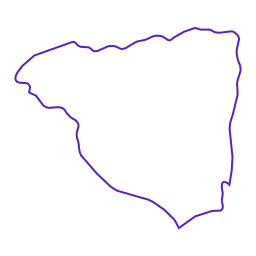 the border of Gorj
{"feature_id": "ROU-123", "entity_name": "Gorj", "entity_type": "County", "adm_level": 1, "iso_a3": "ROU", "parent_name": "Romania", "parent_adm1": "", "projection": "orthographic", "projection_center": [23.299, 44.951], "detail": "fine", "context": "isolated", "style": "outline", "palette": "violet", "viewbox_px": 256, "rotation_deg": 0, "n_neighbors": 0, "source": "natural_earth", "source_scale": "10m", "svg_char_len": 1568}
<svg xmlns="http://www.w3.org/2000/svg" viewBox="0 0 256 256"><path d="M169.6,40.3L171.3,39.7L174.4,37.2L184.3,31.6L195.2,27.9L200.5,29.6L209.0,29.6L211.0,30.2L214.3,32.0L217.0,32.6L220.2,32.7L230.9,31.4L232.5,31.5L233.9,32.0L237.0,34.5L238.4,36.5L239.1,39.1L236.9,48.9L236.6,53.7L238.0,60.4L239.9,65.0L240.6,68.5L240.4,71.5L237.7,79.9L237.0,83.5L237.6,92.0L237.5,95.3L232.7,114.9L230.8,120.5L230.1,123.8L229.6,128.6L232.5,157.3L231.7,170.5L229.4,184.9L227.6,183.1L225.4,182.1L224.1,181.9L223.1,182.3L222.3,183.3L221.8,185.4L221.8,187.1L222.0,188.9L222.4,191.0L222.7,193.4L222.5,196.1L221.8,199.9L221.9,201.4L222.2,202.9L222.6,204.5L222.8,206.3L222.6,208.2L221.9,209.6L220.3,210.6L211.9,211.0L195.1,216.4L178.8,228.1L175.8,222.0L174.1,219.4L164.1,209.6L152.6,201.7L148.5,199.7L117.7,190.9L114.3,189.1L110.3,186.3L96.7,173.4L81.0,155.3L79.9,152.5L79.3,149.8L78.7,144.4L78.3,142.1L77.1,137.8L76.7,135.5L76.7,133.3L77.7,129.1L78.4,126.9L78.5,124.7L77.7,122.5L75.6,120.3L71.0,117.6L68.1,114.7L66.2,112.4L64.9,110.2L63.2,108.6L61.1,107.6L57.7,107.1L49.4,107.9L46.6,107.4L43.4,105.6L36.0,95.7L29.1,92.4L30.1,87.2L29.2,85.1L28.0,83.7L26.3,83.1L19.7,82.7L17.4,81.9L16.0,80.7L15.4,78.7L15.7,76.2L17.2,72.8L22.2,66.1L34.3,55.5L71.7,42.2L73.6,41.8L75.8,43.0L77.1,44.7L78.7,46.0L80.8,46.8L88.3,47.3L89.9,48.0L91.4,49.2L92.7,50.5L94.5,51.2L97.2,51.1L108.4,46.2L112.8,46.0L115.4,46.4L120.7,48.8L122.9,48.9L125.7,48.1L135.3,42.3L138.1,41.3L145.8,39.7L151.9,36.8L155.2,35.7L159.6,35.8L162.4,36.5L164.8,37.9L168.0,40.1L169.6,40.3Z" fill="none" stroke="#5b21b6" stroke-width="2"/></svg>